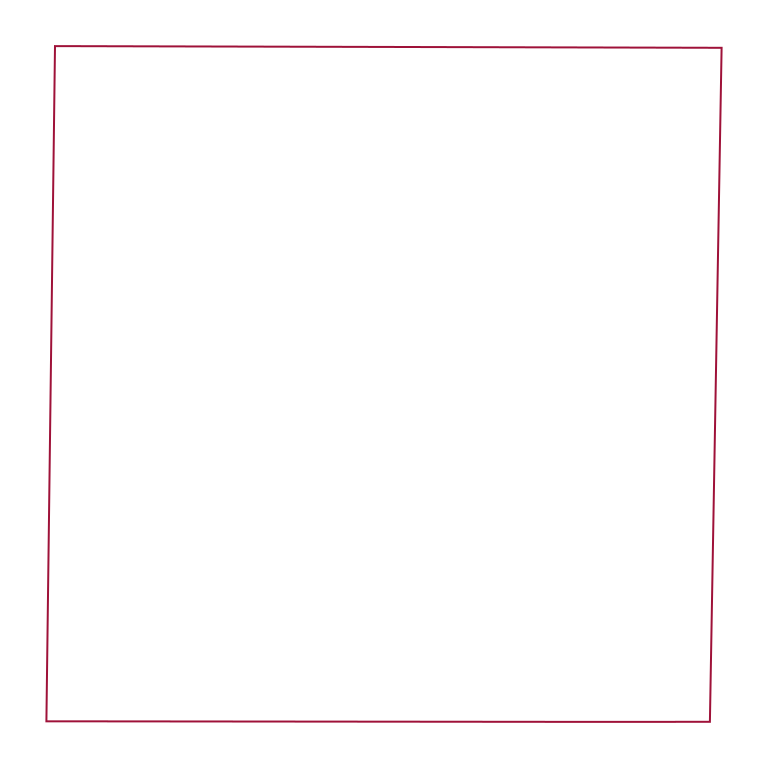 outline of Howard, Texas, United States of America
{"feature_id": "52423323B44641171264537", "entity_name": "Howard", "entity_type": "district", "adm_level": 2, "iso_a3": "USA", "parent_name": "United States of America", "parent_adm1": "Texas", "projection": "robinson", "projection_center": [-101.45, 32.306], "detail": "fine", "context": "isolated", "style": "outline", "palette": "rose", "viewbox_px": 768, "rotation_deg": 0, "n_neighbors": 0, "source": "geoboundaries", "source_scale": "gbopen_adm2", "svg_char_len": 194}
<svg xmlns="http://www.w3.org/2000/svg" viewBox="0 0 768 768"><path d="M46.4,721.3L605.8,721.9L709.9,721.8L721.6,47.8L55.0,46.1L46.4,721.3Z" fill="none" stroke="#9f1239" stroke-width="2"/></svg>